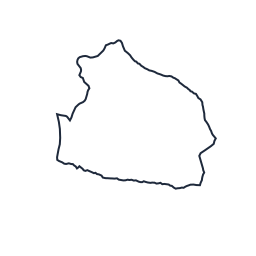 Icaraíma, Paraná, Brazil (Mercator projection), rotated 330°
{"feature_id": "56859067B39036431540148", "entity_name": "Icaraíma", "entity_type": "district", "adm_level": 2, "iso_a3": "BRA", "parent_name": "Brazil", "parent_adm1": "Paraná", "projection": "mercator", "projection_center": [-53.582, -23.373], "detail": "fine", "context": "isolated", "style": "outline", "palette": "slate", "viewbox_px": 256, "rotation_deg": 330, "n_neighbors": 0, "source": "geoboundaries", "source_scale": "gbopen_adm2", "svg_char_len": 2467}
<svg xmlns="http://www.w3.org/2000/svg" viewBox="0 0 256 256"><g transform="rotate(330 128 128)"><path d="M150.2,45.3L147.4,47.4L145.3,48.6L137.8,50.5L132.9,49.3L130.6,48.2L128.3,45.3L127.1,44.3L124.9,43.3L121.6,42.5L119.8,42.8L118.3,43.8L117.0,45.3L116.3,47.2L117.0,52.5L116.4,54.3L115.5,55.5L112.3,57.9L112.5,60.2L113.9,62.1L113.1,66.2L114.9,71.7L114.4,74.3L112.3,75.4L111.0,76.5L109.7,78.1L105.8,81.8L104.2,82.7L102.0,83.1L98.3,82.7L96.8,82.9L93.0,83.8L87.2,87.9L84.3,90.6L81.5,92.4L80.9,87.8L80.2,86.5L76.2,83.3L73.5,80.6L71.2,88.1L68.5,94.8L64.3,102.7L60.8,108.0L57.3,111.6L52.0,117.8L50.8,120.2L51.7,122.0L53.9,124.9L54.9,127.0L56.4,128.2L59.1,129.0L60.8,130.8L62.2,131.7L62.6,133.4L63.5,135.2L63.6,137.5L65.2,137.3L66.8,136.8L68.3,140.7L68.5,142.5L69.6,143.8L71.7,144.2L72.9,145.9L74.4,147.9L75.9,150.1L77.4,150.5L78.1,152.4L79.6,153.6L81.3,156.0L81.4,158.3L83.3,160.1L85.1,161.2L87.5,162.8L89.4,164.0L91.0,165.1L93.3,166.1L94.2,168.1L97.8,171.1L99.6,172.0L101.9,172.6L103.1,173.7L105.2,174.6L106.7,176.4L108.7,177.3L110.5,179.9L112.0,181.3L113.2,182.0L115.0,182.0L116.4,183.6L117.9,185.1L120.1,186.8L121.5,187.3L123.6,188.6L124.9,190.4L126.8,191.2L128.7,191.7L129.6,193.8L131.5,194.6L132.8,195.6L135.0,197.3L135.7,199.0L137.0,200.0L137.9,202.6L139.0,204.4L140.6,204.9L142.9,206.0L144.8,206.5L146.3,207.6L148.2,207.5L149.8,207.6L151.8,208.0L153.7,208.3L156.4,209.7L158.7,211.6L161.7,213.5L163.6,211.7L165.9,210.1L166.8,208.9L167.9,207.6L169.8,205.8L171.7,204.7L172.1,202.1L172.7,200.5L175.8,187.8L178.3,186.1L183.2,185.8L190.6,185.2L194.3,184.6L196.4,182.4L198.8,180.9L198.3,178.0L198.0,176.4L198.0,174.7L198.5,172.1L198.5,170.0L198.9,167.5L199.1,165.0L198.9,161.7L198.6,159.7L199.2,157.8L200.2,155.6L201.3,153.6L202.0,151.4L202.7,149.3L203.6,147.0L204.0,145.3L205.2,142.8L205.1,139.5L203.9,137.2L204.0,135.0L203.9,132.4L202.4,131.0L201.6,128.5L200.5,127.4L200.4,125.9L199.7,124.5L199.2,122.6L197.8,120.3L197.2,118.7L196.2,116.2L195.3,114.3L195.4,112.0L194.1,109.6L193.4,108.2L192.4,107.1L191.5,105.1L189.8,103.6L188.0,102.9L186.4,101.8L184.7,100.2L183.4,98.4L182.2,97.0L180.7,95.4L179.1,92.7L177.1,90.4L175.2,88.7L174.2,86.9L172.4,84.5L171.8,82.9L170.6,80.7L170.0,78.1L168.8,77.0L168.4,74.7L167.4,73.7L166.8,71.5L166.3,68.5L166.2,66.1L165.4,63.3L164.6,61.2L163.9,59.5L164.2,57.2L164.5,54.7L165.3,51.3L165.1,48.7L163.6,47.3L162.1,47.2L159.8,47.6L157.6,47.4L155.9,46.0L154.3,45.8L152.5,45.7L150.2,45.3Z" fill="none" stroke="#1e293b" stroke-width="2"/></g></svg>